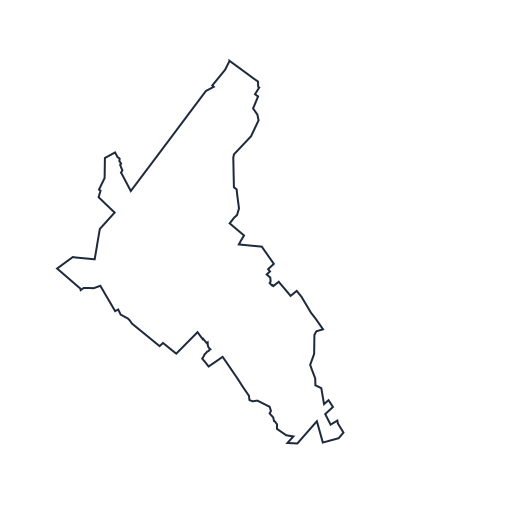 Bacerac, Sonora, Mexico (Natural Earth projection), rotated 219°
{"feature_id": "50627088B98976467166083", "entity_name": "Bacerac", "entity_type": "district", "adm_level": 2, "iso_a3": "MEX", "parent_name": "Mexico", "parent_adm1": "Sonora", "projection": "natural_earth1", "projection_center": [-108.843, 30.254], "detail": "fine", "context": "isolated", "style": "outline", "palette": "slate", "viewbox_px": 512, "rotation_deg": 219, "n_neighbors": 0, "source": "geoboundaries", "source_scale": "gbopen_adm2", "svg_char_len": 2524}
<svg xmlns="http://www.w3.org/2000/svg" viewBox="0 0 512 512"><g transform="rotate(219 256 256)"><path d="M395.6,267.4L394.8,244.8L394.2,227.7L412.1,235.4L413.4,235.8L413.7,238.4L418.2,240.9L418.9,241.3L419.0,242.9L420.0,243.2L422.0,243.8L422.1,244.0L423.2,245.8L423.9,245.9L424.1,245.8L424.6,245.8L425.8,245.7L430.7,247.8L435.1,237.1L434.9,236.8L434.1,235.8L422.7,221.3L421.9,217.8L419.8,208.8L417.9,208.9L415.3,202.6L410.0,202.2L408.9,202.1L408.0,202.0L406.6,201.9L406.1,201.8L401.6,201.5L401.0,201.4L393.2,200.8L394.4,178.8L394.1,178.2L386.8,165.2L385.4,162.8L379.3,151.9L395.6,141.1L397.7,139.9L402.7,121.1L374.7,120.2L372.8,120.2L372.2,120.1L371.5,119.8L370.8,119.2L369.8,122.7L365.4,126.2L361.9,128.8L358.2,134.9L347.2,130.7L330.8,124.5L329.4,127.7L324.3,125.3L315.9,126.8L313.6,126.5L309.8,125.4L274.2,125.3L273.5,129.9L257.4,129.9L256.5,130.0L253.5,160.0L245.1,157.8L245.1,158.4L239.5,157.3L239.2,158.4L237.5,156.5L236.3,155.6L235.6,155.2L233.1,154.7L232.8,154.7L233.0,154.2L233.1,153.9L233.1,153.3L233.1,153.2L233.1,152.3L233.6,151.2L233.8,150.7L233.8,150.0L233.8,149.6L233.8,149.1L233.9,148.1L234.1,147.4L234.0,146.7L233.7,146.1L233.6,145.5L233.5,144.9L233.4,144.3L233.4,143.8L233.3,143.4L233.3,143.2L233.2,142.5L233.2,142.4L228.1,141.4L223.3,140.3L221.0,147.9L218.5,156.6L213.9,155.3L192.5,148.9L183.9,146.0L173.4,142.9L170.9,140.3L170.3,139.9L167.0,141.1L163.9,144.5L150.5,147.4L146.9,145.0L146.3,142.2L141.1,141.4L138.0,139.0L136.9,139.3L133.7,138.4L131.0,134.9L130.1,134.9L119.7,135.7L113.4,139.3L113.9,130.5L111.4,132.3L105.9,136.3L104.7,165.9L86.7,153.1L77.1,166.4L76.9,173.8L87.0,177.4L89.2,179.3L91.9,171.9L102.7,176.7L101.2,187.1L108.9,189.6L109.9,183.7L122.1,194.4L128.5,192.9L132.9,198.1L140.8,202.7L145.4,205.5L149.2,216.5L161.0,231.5L161.7,235.5L157.8,241.2L169.8,244.7L177.5,246.5L195.2,253.0L198.2,253.6L202.4,254.5L204.0,246.8L217.6,249.4L220.5,249.9L221.4,250.1L222.1,250.3L222.9,246.8L223.5,243.7L224.6,243.9L224.7,243.2L227.2,243.4L228.4,243.6L228.6,245.4L231.3,248.2L236.1,248.4L235.4,252.8L238.3,253.4L237.2,261.1L257.4,266.9L270.2,258.4L276.6,254.2L277.4,258.4L278.2,264.4L297.0,264.8L297.1,272.1L296.5,275.8L299.1,282.2L309.6,292.2L313.0,295.6L316.4,295.5L335.7,318.3L337.1,321.2L335.2,345.9L339.4,363.1L344.0,366.8L351.1,368.8L354.8,381.3L358.6,381.1L359.5,388.9L360.8,388.9L364.2,392.8L370.0,392.4L381.4,391.9L399.4,391.0L399.3,390.9L398.0,384.9L397.2,381.1L397.2,380.9L397.3,361.0L395.3,360.9L397.3,356.2L398.8,352.7L395.6,267.4Z" fill="none" stroke="#1e293b" stroke-width="2"/></g></svg>